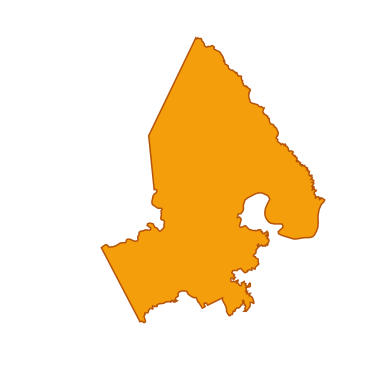 outline of Jesús Carranza, Veracruz, Mexico, rotated 59°
{"feature_id": "50627088B88561076881356", "entity_name": "Jesús Carranza", "entity_type": "district", "adm_level": 2, "iso_a3": "MEX", "parent_name": "Mexico", "parent_adm1": "Veracruz", "projection": "natural_earth1", "projection_center": [-94.861, 17.388], "detail": "fine", "context": "isolated", "style": "filled", "palette": "amber", "viewbox_px": 384, "rotation_deg": 59, "n_neighbors": 0, "source": "geoboundaries", "source_scale": "gbopen_adm2", "svg_char_len": 5952}
<svg xmlns="http://www.w3.org/2000/svg" viewBox="0 0 384 384"><g transform="rotate(59 192 192)"><path d="M276.5,303.4L276.8,301.6L279.2,300.4L279.5,299.3L278.7,298.3L273.9,297.3L272.8,295.4L271.6,295.0L271.5,294.6L272.6,292.6L272.6,291.6L270.9,289.9L270.4,288.1L270.7,286.9L272.0,286.0L271.9,285.5L269.7,284.8L269.4,284.3L271.1,282.7L272.0,281.2L272.0,280.5L270.6,280.0L271.1,276.8L271.9,276.0L272.9,272.8L272.7,271.3L274.4,267.6L275.3,267.1L275.4,266.4L274.6,265.9L274.4,265.0L276.5,264.5L275.7,262.9L276.2,262.3L277.3,263.5L277.6,263.0L277.6,260.6L276.2,261.5L274.9,261.1L274.4,260.5L274.1,257.4L271.6,256.2L271.1,253.7L271.6,251.6L274.0,248.0L274.9,247.7L277.3,248.0L280.6,246.7L283.6,244.8L284.7,242.8L289.7,243.5L290.3,243.0L296.9,243.0L297.0,239.7L293.9,239.4L293.8,238.7L294.3,237.0L297.1,236.9L298.5,220.3L300.1,221.5L307.3,221.9L310.1,222.7L312.2,223.9L316.6,224.0L317.6,223.2L317.1,222.3L317.7,220.4L315.4,218.1L316.3,216.9L316.0,215.9L315.0,215.6L314.5,212.8L315.5,211.9L315.0,209.1L314.2,208.2L314.4,207.5L313.4,205.4L311.3,204.7L311.1,204.0L312.3,203.8L315.8,205.4L316.3,204.5L317.5,204.6L319.1,206.8L320.3,206.5L321.0,208.9L322.2,207.0L320.0,201.2L316.5,198.9L317.3,197.6L319.1,196.8L319.2,196.3L317.7,195.5L313.5,194.6L311.7,195.2L310.2,196.5L308.9,194.2L307.6,197.3L307.3,197.6L305.8,195.6L305.2,197.2L304.8,197.3L303.7,195.6L301.6,195.1L303.0,191.2L302.5,190.2L300.2,189.1L299.8,189.4L300.0,190.1L301.7,193.1L299.3,194.4L298.5,193.0L296.6,194.2L295.6,193.4L295.5,196.7L296.7,196.8L297.5,198.4L296.5,199.4L293.9,199.4L292.7,200.8L292.0,200.1L292.0,198.2L291.2,198.0L290.9,201.5L289.0,204.5L287.7,204.4L285.9,202.9L286.2,201.9L288.6,201.5L287.5,198.9L285.5,199.7L284.7,198.2L282.5,199.4L281.5,199.3L280.4,197.4L282.6,193.6L282.1,192.7L282.6,189.7L288.4,188.4L288.8,186.2L288.7,185.2L288.0,185.2L288.1,182.8L289.9,181.0L288.0,179.7L290.6,177.7L289.0,176.1L288.1,171.8L286.8,171.7L283.5,169.9L281.0,171.4L280.2,171.0L278.7,172.3L278.1,172.1L277.5,171.4L277.3,168.8L274.6,166.8L273.6,163.8L271.2,163.4L270.8,162.0L273.3,162.4L273.2,159.7L274.6,159.6L274.4,159.0L275.2,158.4L275.1,157.5L276.0,157.3L276.3,156.8L275.4,155.3L276.0,155.4L276.4,154.7L275.7,154.4L275.7,153.6L274.8,153.1L273.6,151.1L272.0,151.0L271.9,150.6L270.5,151.6L270.3,150.8L269.0,150.6L268.9,149.2L268.2,148.9L267.8,150.0L268.2,150.2L268.0,151.3L267.4,151.3L267.6,149.2L266.7,149.1L266.9,148.2L265.8,147.8L265.6,148.5L264.4,148.0L264.6,150.8L265.1,151.4L263.8,152.9L263.2,152.3L261.9,152.4L261.8,153.1L261.2,153.2L259.9,152.5L258.5,154.7L258.9,155.1L258.1,157.4L257.4,157.7L256.6,159.4L253.2,162.4L248.6,163.4L248.2,163.9L247.6,168.2L246.7,168.9L245.6,168.9L240.7,163.8L238.0,164.1L237.3,166.3L234.6,163.7L235.8,161.2L234.6,158.3L232.8,156.4L230.0,155.0L226.2,150.8L225.7,147.4L226.2,138.3L226.7,136.6L227.9,133.8L229.0,132.4L233.8,129.1L236.1,128.7L238.3,129.1L241.7,134.6L244.4,138.0L247.5,140.4L249.9,141.5L252.7,142.1L257.0,141.7L259.3,140.6L261.8,137.8L265.7,131.4L267.4,131.4L269.1,132.2L270.4,138.5L272.3,139.3L275.5,137.3L284.8,128.9L286.3,126.1L288.7,119.8L291.6,114.7L292.4,112.1L292.0,109.4L289.6,105.3L287.0,102.3L283.4,99.7L277.5,96.4L272.5,92.2L269.2,87.6L268.4,84.2L267.2,82.3L263.7,84.0L263.4,84.6L264.2,85.4L264.3,86.5L263.6,86.5L262.5,85.6L260.8,86.5L260.5,87.6L260.9,88.9L260.6,89.3L259.6,88.4L257.9,87.9L256.8,88.4L255.6,87.7L255.0,86.9L255.2,85.7L254.6,84.6L254.0,85.4L252.6,85.6L252.2,86.2L252.5,87.1L252.1,87.8L251.8,87.1L250.6,86.6L250.9,86.4L251.1,85.0L250.1,84.9L249.5,86.2L248.9,86.3L248.5,84.9L247.7,84.4L247.5,83.3L246.7,83.2L245.8,83.8L246.3,82.8L244.9,81.8L242.7,82.6L242.4,83.3L241.6,81.4L240.5,81.6L239.5,80.6L239.1,80.9L239.0,82.3L238.7,82.0L238.4,82.7L237.2,82.9L234.9,80.7L234.1,81.8L232.9,81.9L232.9,81.3L232.1,81.2L231.8,82.1L231.2,81.9L230.8,80.8L228.0,82.4L227.3,81.9L227.2,82.7L226.3,83.2L226.3,84.3L225.5,83.9L225.1,84.4L225.0,84.0L224.2,85.3L222.9,84.1L222.7,84.7L221.8,84.3L221.0,85.1L220.4,84.9L219.8,86.8L219.2,86.6L219.0,85.7L218.7,86.0L217.4,84.7L216.6,84.9L216.3,84.4L214.9,85.2L214.5,85.0L214.5,85.7L213.4,85.5L212.4,86.3L211.2,86.0L210.7,86.4L209.9,84.7L209.3,84.7L207.9,85.7L206.8,88.0L203.8,87.0L201.8,87.2L200.9,88.1L200.0,87.4L199.5,87.6L199.2,88.6L198.9,88.2L198.9,89.0L197.4,89.3L197.2,91.4L196.4,91.0L192.7,92.8L191.3,91.5L189.1,92.1L187.8,90.7L188.1,90.3L187.2,88.7L185.3,87.4L180.9,86.9L178.8,87.4L178.3,88.0L177.5,87.5L176.0,87.7L173.9,89.6L171.3,89.3L168.7,88.0L168.1,88.8L165.9,88.1L165.6,88.7L164.1,88.9L162.2,90.2L161.8,89.8L160.5,90.3L159.4,89.8L157.0,86.8L156.3,87.9L154.6,88.5L153.5,90.4L151.0,90.8L145.9,95.5L144.2,95.7L142.7,94.9L140.5,94.7L137.2,92.9L137.0,92.2L136.0,91.9L135.5,90.3L134.7,89.7L133.9,89.7L133.8,89.3L132.8,90.0L130.1,90.6L130.2,91.0L129.0,91.1L129.2,91.4L127.4,92.9L125.2,92.2L124.2,92.5L122.7,91.3L122.0,91.7L119.8,91.2L118.5,90.1L117.6,90.5L117.2,91.5L115.9,92.6L112.7,92.2L112.7,93.2L111.9,93.0L111.7,93.4L108.4,94.4L107.9,95.7L104.8,97.0L102.3,96.0L99.1,97.8L97.2,96.9L96.5,97.7L96.0,97.5L95.9,96.4L94.5,96.5L92.8,95.9L86.4,96.0L81.0,99.4L80.0,99.3L79.4,98.3L78.8,98.3L76.9,99.2L76.3,102.6L75.5,103.1L75.4,104.8L75.0,105.2L72.8,106.0L71.5,105.2L68.6,105.3L67.6,105.8L66.8,105.3L65.0,105.2L64.8,106.1L63.3,107.8L62.9,107.7L63.2,109.1L61.8,109.2L121.4,200.1L170.5,223.2L171.2,221.7L172.7,221.3L174.1,222.8L174.4,225.5L175.4,227.5L179.9,231.6L182.3,232.4L188.2,229.7L190.2,226.6L191.0,226.4L191.7,226.8L192.0,228.0L196.2,230.3L198.3,232.3L199.8,232.6L201.7,230.9L203.2,230.8L206.0,233.2L207.9,234.1L209.2,238.7L208.8,240.1L204.7,240.7L202.8,242.1L199.4,241.7L196.8,244.2L196.4,246.6L197.6,247.7L201.7,245.8L203.0,247.0L202.8,248.1L200.5,251.4L200.0,254.4L199.2,256.0L199.2,257.7L199.7,258.5L201.2,259.1L201.9,260.9L203.1,262.0L204.8,262.6L205.8,264.1L204.6,266.6L200.6,269.4L199.2,271.5L199.3,272.7L201.2,274.8L198.8,279.7L198.9,284.2L198.4,287.5L196.5,291.6L194.6,291.7L192.9,292.7L192.6,294.0L193.0,298.4L276.5,303.4Z" fill="#f59e0b" stroke="#b45309" stroke-width="1.5"/></g></svg>